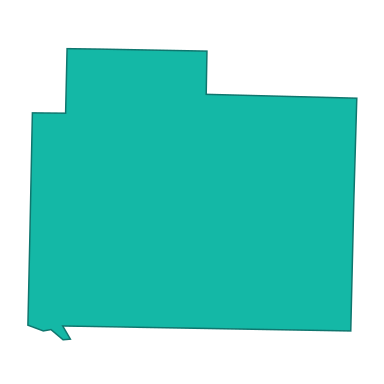 St. Clair, Missouri, United States of America (orthographic projection), rotated 179°
{"feature_id": "52423323B7145650265545", "entity_name": "St. Clair", "entity_type": "district", "adm_level": 2, "iso_a3": "USA", "parent_name": "United States of America", "parent_adm1": "Missouri", "projection": "orthographic", "projection_center": [-93.674, 38.024], "detail": "fine", "context": "isolated", "style": "filled", "palette": "teal", "viewbox_px": 384, "rotation_deg": 179, "n_neighbors": 0, "source": "geoboundaries", "source_scale": "gbopen_adm2", "svg_char_len": 365}
<svg xmlns="http://www.w3.org/2000/svg" viewBox="0 0 384 384"><g transform="rotate(179 192 192)"><path d="M282.0,336.5L314.4,337.5L317.0,273.0L350.2,273.9L354.7,155.3L358.4,61.7L343.1,55.7L335.4,56.9L323.5,46.5L316.2,47.0L323.6,60.3L35.7,50.3L30.3,182.1L25.6,282.9L176.1,289.4L174.6,332.6L282.0,336.5Z" fill="#14b8a6" stroke="#0f766e" stroke-width="1.5"/></g></svg>